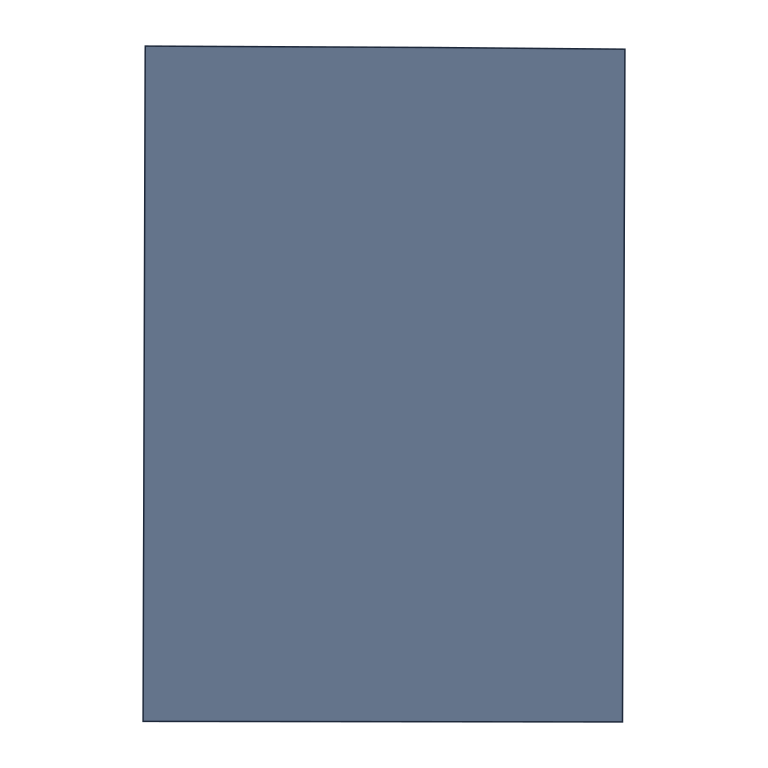 Atreuco, La Pampa, Argentina (Natural Earth projection), rotated 90°
{"feature_id": "61730980B71031057558278", "entity_name": "Atreuco", "entity_type": "district", "adm_level": 2, "iso_a3": "ARG", "parent_name": "Argentina", "parent_adm1": "La Pampa", "projection": "natural_earth1", "projection_center": [-63.75, -37.032], "detail": "fine", "context": "isolated", "style": "filled", "palette": "slate", "viewbox_px": 768, "rotation_deg": 90, "n_neighbors": 0, "source": "geoboundaries", "source_scale": "gbopen_adm2", "svg_char_len": 451}
<svg xmlns="http://www.w3.org/2000/svg" viewBox="0 0 768 768"><g transform="rotate(90 384 384)"><path d="M721.4,624.9L721.9,171.0L721.9,151.7L721.9,146.0L721.9,145.5L720.8,145.5L719.2,145.5L530.2,144.8L248.0,143.8L241.0,143.8L149.6,143.4L52.6,143.1L49.5,143.1L49.2,143.1L49.1,153.5L47.5,335.7L46.1,622.7L51.9,622.8L335.7,623.7L431.0,624.0L504.3,624.2L574.4,624.5L720.0,624.9L721.4,624.9Z" fill="#64748b" stroke="#1e293b" stroke-width="1.5"/></g></svg>